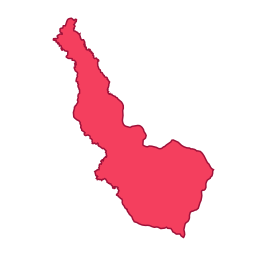 outline of Santuario, Risaralda, Colombia, rotated 193°
{"feature_id": "7082276B9908924507903", "entity_name": "Santuario", "entity_type": "district", "adm_level": 2, "iso_a3": "COL", "parent_name": "Colombia", "parent_adm1": "Risaralda", "projection": "mercator", "projection_center": [-75.953, 5.022], "detail": "fine", "context": "isolated", "style": "filled", "palette": "rose", "viewbox_px": 256, "rotation_deg": 193, "n_neighbors": 0, "source": "geoboundaries", "source_scale": "gbopen_adm2", "svg_char_len": 5906}
<svg xmlns="http://www.w3.org/2000/svg" viewBox="0 0 256 256"><g transform="rotate(193 128 128)"><path d="M220.4,196.9L218.7,196.9L217.9,197.3L217.6,197.0L217.5,195.8L215.3,195.4L215.7,194.8L215.3,194.3L214.4,194.5L214.0,194.4L214.0,193.8L213.4,193.3L213.2,192.5L212.3,193.3L211.8,193.1L211.3,192.3L211.1,191.2L210.2,191.0L210.3,190.5L210.9,190.2L209.9,189.0L209.6,189.0L209.1,190.1L208.1,189.9L207.3,189.2L206.7,189.0L204.0,189.1L203.7,188.5L203.2,185.5L204.2,184.1L204.2,183.4L204.0,183.2L201.9,182.4L198.1,183.0L197.6,181.5L195.3,181.8L193.5,180.3L193.5,179.9L194.1,179.4L193.2,179.0L193.1,178.8L194.2,178.3L194.0,178.0L193.0,177.7L193.7,176.9L193.0,175.5L194.0,175.1L193.9,174.4L192.2,171.9L189.9,170.8L189.4,170.1L189.4,168.0L188.8,166.9L189.3,165.1L189.2,162.1L188.8,161.6L187.5,161.7L186.9,159.9L186.1,159.4L186.3,157.9L185.8,156.8L184.3,155.0L184.4,154.8L183.8,154.3L183.0,150.9L183.9,149.8L184.0,148.7L183.9,147.6L183.3,146.4L183.6,143.8L182.8,142.9L182.7,141.3L183.6,139.1L183.6,138.4L184.3,137.9L184.4,136.9L184.9,136.3L184.6,134.9L184.7,130.8L183.3,126.6L182.1,125.7L179.7,124.5L177.4,124.0L176.0,122.8L175.7,122.5L175.7,121.5L174.4,119.9L174.2,117.8L172.9,116.5L172.5,115.3L170.3,114.5L168.8,113.6L169.4,112.4L168.7,111.4L167.6,111.1L165.4,112.2L163.5,111.7L163.0,111.1L162.5,109.3L161.3,109.2L160.2,108.3L160.0,106.8L159.4,106.0L159.4,105.0L158.6,104.9L157.1,105.8L156.0,105.2L155.3,105.2L154.1,106.4L153.4,105.6L153.4,104.7L152.4,103.8L150.9,103.5L148.2,102.2L147.1,102.7L144.2,100.8L144.1,100.1L144.4,99.3L143.4,98.3L143.2,97.3L142.5,96.1L142.5,94.8L142.9,94.6L143.5,94.9L143.7,94.2L144.7,92.9L144.7,91.3L145.0,91.7L145.5,91.5L145.1,91.2L145.5,90.7L146.3,90.5L146.6,89.9L146.9,89.8L146.9,89.4L146.2,89.6L145.8,87.4L146.0,86.7L146.8,86.8L147.6,86.2L147.6,84.9L147.2,84.1L147.5,82.7L147.0,82.3L147.0,80.9L148.0,80.8L148.9,80.0L148.9,79.6L150.4,78.4L150.6,78.0L150.0,77.7L149.9,76.9L148.6,74.4L147.2,74.3L146.7,73.9L147.4,73.2L147.1,72.6L147.5,71.8L146.7,71.6L146.3,70.8L145.9,70.9L145.7,71.3L144.7,71.5L144.2,71.3L142.7,71.7L141.8,71.0L141.3,72.2L140.6,72.3L139.3,73.5L138.6,73.1L138.0,73.0L137.7,72.5L136.7,71.7L136.2,70.5L135.4,70.4L134.5,69.7L133.7,69.9L133.0,69.4L132.5,69.7L132.0,69.5L131.6,68.8L130.3,68.1L129.3,66.1L128.6,66.4L127.9,65.9L127.1,66.5L127.2,66.8L128.5,67.0L128.6,67.4L127.4,68.0L126.5,67.9L125.7,68.1L124.4,67.8L124.6,66.6L123.8,66.2L122.7,64.7L123.1,63.9L123.0,62.8L123.3,61.8L124.2,60.8L124.0,60.0L122.4,59.8L121.9,59.0L120.2,58.4L119.5,57.6L118.2,57.5L117.1,55.9L117.0,54.4L116.1,52.7L113.8,50.7L113.0,49.5L111.6,49.0L111.2,48.4L110.5,48.5L110.5,47.9L109.5,46.4L108.7,45.9L107.3,44.3L106.7,44.2L106.2,43.5L105.2,43.1L104.1,42.2L103.0,40.4L100.8,38.1L97.9,37.9L95.9,37.2L92.4,36.7L89.1,37.0L87.0,37.6L85.0,37.8L82.2,37.3L80.0,37.2L77.9,38.0L76.5,38.1L73.4,37.4L69.8,38.7L68.1,40.0L66.8,39.2L63.6,39.7L61.6,37.9L61.2,37.1L60.9,36.9L59.3,36.5L57.1,35.5L54.1,36.3L53.3,36.3L51.9,34.8L49.4,33.8L49.0,34.5L48.8,36.9L49.6,39.3L50.7,41.4L50.8,47.2L50.2,48.7L48.6,50.5L48.0,52.5L47.9,54.2L48.5,56.9L48.4,59.3L48.2,60.1L47.0,61.3L46.2,61.5L44.3,63.0L42.9,63.7L41.5,65.6L41.1,71.4L40.6,73.8L40.7,77.1L40.9,78.8L42.1,82.4L42.1,83.1L41.5,84.1L40.0,84.5L39.1,85.6L38.7,87.6L39.6,91.2L39.4,93.5L38.9,95.2L36.6,97.6L36.6,98.5L35.4,100.3L35.3,102.6L35.8,105.4L35.3,106.6L37.3,107.2L38.6,108.2L41.1,111.1L42.7,112.0L43.8,113.2L47.5,117.7L49.9,120.0L52.2,121.4L55.0,121.4L55.8,121.1L57.5,121.9L58.7,122.1L60.7,122.1L62.2,121.8L63.4,122.3L66.3,121.9L69.4,122.3L71.9,123.1L75.9,125.4L81.2,126.5L82.5,126.0L83.2,124.0L86.8,120.1L88.1,118.2L89.2,117.5L90.5,115.8L91.2,115.4L92.3,115.0L93.5,114.9L96.1,115.5L100.7,115.6L103.2,115.2L104.7,114.1L106.1,113.9L107.7,114.1L109.3,114.6L109.8,115.3L110.5,119.7L108.7,122.1L108.6,124.7L109.6,126.2L111.7,128.2L112.6,130.0L114.4,131.7L116.1,132.6L117.3,132.9L119.0,132.7L124.4,130.5L126.1,129.0L130.5,129.2L131.7,129.5L133.2,130.5L134.5,132.4L135.2,134.3L135.7,139.1L137.1,143.8L137.0,146.2L137.7,148.8L138.8,150.4L140.2,151.8L144.4,154.0L145.4,155.0L146.8,155.2L147.8,156.0L148.5,155.8L149.2,156.2L150.4,156.3L151.4,157.2L151.9,156.8L152.6,157.1L153.4,156.8L153.5,157.4L154.2,156.9L154.5,157.0L155.6,158.2L155.1,159.1L156.3,159.7L156.3,160.4L156.7,161.0L156.3,161.3L156.7,162.1L156.3,163.3L156.3,165.3L156.6,166.2L156.4,166.9L156.5,167.4L156.3,168.7L157.7,169.7L158.2,170.4L159.1,170.7L159.0,171.2L159.6,172.2L160.3,172.6L161.2,172.4L162.6,172.8L162.9,173.8L163.8,174.0L165.7,176.1L167.1,176.1L168.1,178.3L169.8,179.1L170.5,180.6L171.3,181.4L172.3,184.7L172.4,186.1L171.6,186.8L171.9,187.5L172.3,187.8L172.8,187.6L173.0,188.0L173.6,188.1L174.6,189.0L176.1,188.2L177.1,188.7L177.5,189.1L177.5,190.4L178.7,191.1L178.6,192.3L178.8,192.7L179.3,192.9L179.9,192.8L180.1,193.5L180.8,193.3L181.2,194.4L182.1,194.6L182.8,194.4L182.9,194.6L182.4,195.1L182.6,195.9L183.6,196.0L183.3,195.3L184.1,195.6L184.5,195.1L185.1,194.9L186.2,195.1L186.2,195.4L186.6,195.7L186.4,196.3L186.9,197.2L187.6,197.0L187.6,197.5L188.6,197.8L188.3,198.5L188.4,199.0L189.7,199.2L189.7,199.5L188.9,199.6L188.8,200.0L189.1,200.5L189.4,200.2L189.6,200.3L189.5,200.8L189.7,201.3L189.4,201.6L189.6,202.1L191.2,204.0L191.9,203.8L192.5,203.3L193.7,203.8L193.8,204.2L194.4,204.7L194.4,205.1L194.8,205.4L195.2,206.6L196.1,207.7L196.1,209.0L196.7,208.5L197.4,208.6L197.7,209.1L198.4,209.3L198.8,209.8L199.3,209.7L201.1,210.5L202.3,210.4L202.7,210.7L203.1,211.6L202.8,212.7L203.3,212.9L202.5,215.3L204.1,216.6L203.3,217.7L203.2,219.4L202.6,219.7L202.4,220.1L202.6,222.0L203.1,222.2L203.8,222.1L204.5,221.0L204.9,220.8L207.2,222.0L208.0,222.2L209.9,221.3L210.7,220.7L211.3,219.6L211.6,218.1L212.0,213.5L214.0,213.1L214.1,210.7L215.8,210.1L216.5,209.3L215.9,206.6L215.2,206.1L213.6,205.6L213.2,204.7L213.5,204.4L214.4,204.5L215.3,204.3L217.5,202.2L217.7,201.6L216.7,200.6L216.6,200.0L217.3,199.3L220.6,198.3L220.7,197.8L220.4,196.9Z" fill="#f43f5e" stroke="#9f1239" stroke-width="1.5"/></g></svg>